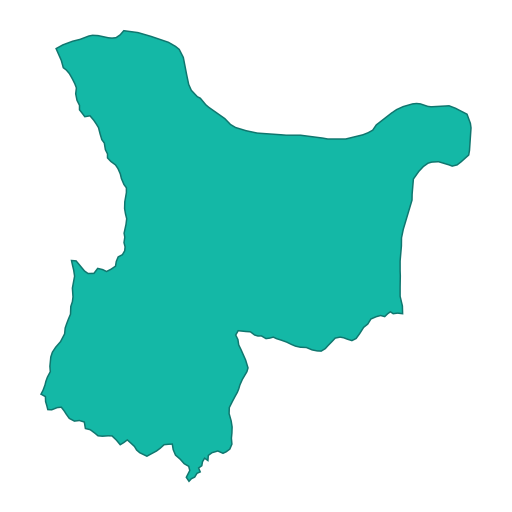 Paulo de Faria, São Paulo, Brazil
{"feature_id": "56859067B47461388834075", "entity_name": "Paulo de Faria", "entity_type": "district", "adm_level": 2, "iso_a3": "BRA", "parent_name": "Brazil", "parent_adm1": "São Paulo", "projection": "natural_earth1", "projection_center": [-49.477, -20.074], "detail": "fine", "context": "isolated", "style": "filled", "palette": "teal", "viewbox_px": 512, "rotation_deg": 0, "n_neighbors": 0, "source": "geoboundaries", "source_scale": "gbopen_adm2", "svg_char_len": 3330}
<svg xmlns="http://www.w3.org/2000/svg" viewBox="0 0 512 512"><path d="M467.0,114.2L459.2,110.2L455.6,108.3L449.1,105.8L431.2,106.8L427.8,106.4L420.4,103.9L416.6,103.5L412.6,103.9L403.2,106.6L396.6,109.6L391.6,113.0L376.3,124.9L372.7,130.2L368.2,132.7L362.9,134.8L345.7,139.0L327.7,139.0L322.8,138.1L300.4,135.2L286.0,135.2L281.4,134.8L257.3,133.1L246.0,130.7L235.5,127.5L230.5,124.5L224.8,118.6L208.6,107.2L205.8,104.8L200.3,98.2L197.3,96.7L191.3,90.3L188.7,84.5L186.7,75.0L183.3,57.4L179.2,49.4L175.5,46.4L168.4,42.3L151.0,36.4L138.0,32.6L123.8,30.7L120.1,34.9L116.0,37.7L112.0,38.1L108.4,37.8L98.1,35.6L92.6,35.3L88.9,36.0L80.0,39.4L72.7,41.2L63.0,44.8L56.1,48.6L61.3,60.4L63.3,67.7L66.2,69.9L69.4,73.6L72.4,78.9L74.8,83.7L76.4,87.9L75.7,93.8L77.0,100.3L79.5,105.3L79.5,109.8L82.4,113.5L84.8,116.7L90.0,115.8L93.8,120.3L96.3,124.0L98.5,127.6L100.1,133.9L101.8,139.6L104.3,143.0L105.4,149.7L107.5,153.9L107.5,157.9L110.9,161.5L115.5,164.9L118.0,168.6L120.3,173.9L121.4,178.5L124.0,184.6L126.4,187.8L126.4,192.6L124.8,201.8L124.6,208.6L125.5,213.9L126.7,218.7L126.0,224.4L124.1,233.2L124.8,237.2L124.0,242.6L125.1,246.9L124.7,250.8L122.4,254.7L118.2,256.9L116.3,261.4L115.5,266.2L110.9,269.3L106.5,271.5L102.7,269.6L97.7,268.4L93.9,273.4L88.0,273.5L84.5,271.0L76.1,260.9L71.5,260.5L72.6,265.6L73.7,270.2L74.6,276.2L72.4,288.1L73.0,296.9L72.4,301.7L70.8,306.5L70.5,314.2L68.5,318.9L66.7,323.6L65.2,328.0L64.6,333.9L60.5,341.7L55.7,347.2L52.4,352.2L50.8,357.0L50.3,362.2L49.9,366.3L50.3,371.7L47.4,377.2L45.9,381.3L45.0,385.0L43.0,390.4L41.0,394.2L45.4,396.6L45.6,401.6L46.8,405.6L47.8,409.6L51.7,409.8L57.2,407.6L61.3,407.2L64.1,410.8L66.4,414.4L69.3,418.4L74.4,421.1L79.4,420.5L84.3,422.0L85.4,428.5L90.2,429.7L94.8,433.1L98.0,435.8L102.4,436.2L108.1,435.8L112.0,435.9L116.4,440.1L120.2,444.7L123.7,442.6L127.3,439.9L131.2,443.4L134.5,446.5L136.6,450.0L139.7,452.7L146.9,456.2L151.1,453.9L156.5,451.0L160.0,448.4L164.1,444.7L169.0,444.2L172.3,444.1L173.2,449.6L175.5,455.1L180.2,459.2L184.2,463.7L188.7,466.3L189.8,470.5L186.3,477.3L189.0,481.3L191.4,478.7L194.7,477.1L197.0,473.3L200.2,471.9L198.6,468.0L201.8,465.7L202.5,461.7L204.6,458.2L207.9,460.5L208.3,455.4L212.0,452.7L217.8,451.0L223.0,453.3L226.2,451.8L229.8,449.1L231.9,444.1L231.4,438.2L231.9,433.1L232.1,427.0L231.2,421.1L229.1,413.6L229.3,407.6L232.3,401.6L234.9,396.7L237.3,392.4L238.7,389.0L239.9,384.9L242.4,379.3L246.9,371.7L248.0,367.9L245.6,360.0L241.0,349.6L238.7,344.9L237.9,339.6L235.7,335.0L238.2,330.7L245.8,331.5L250.4,331.8L254.6,335.0L257.9,336.0L261.4,335.9L266.0,338.6L269.7,338.1L273.3,337.1L276.4,338.6L281.4,340.2L286.7,342.1L291.4,344.4L295.4,346.1L300.2,347.2L306.4,347.5L312.1,349.9L317.2,350.9L321.2,351.1L325.3,348.6L327.9,345.7L331.8,341.7L335.2,338.1L340.1,337.1L343.8,337.8L347.1,339.1L351.9,340.6L356.1,338.5L359.6,333.7L363.6,327.4L367.8,324.0L370.9,319.0L376.2,316.7L380.6,315.5L384.7,316.6L387.7,313.7L390.4,311.8L393.2,313.7L397.6,313.1L402.6,313.7L402.4,306.0L400.1,296.3L400.1,287.0L400.3,275.9L400.1,271.0L400.1,261.0L401.4,246.0L401.5,237.8L403.3,229.2L412.0,200.1L412.1,194.3L413.4,179.0L418.8,171.4L423.4,166.5L428.0,163.2L431.7,162.1L438.5,161.7L449.1,164.9L452.2,166.1L457.1,164.9L461.0,161.9L468.7,155.0L469.5,150.3L470.4,136.9L471.0,127.9L470.4,123.4L467.0,114.2Z" fill="#14b8a6" stroke="#0f766e" stroke-width="1.5"/></svg>